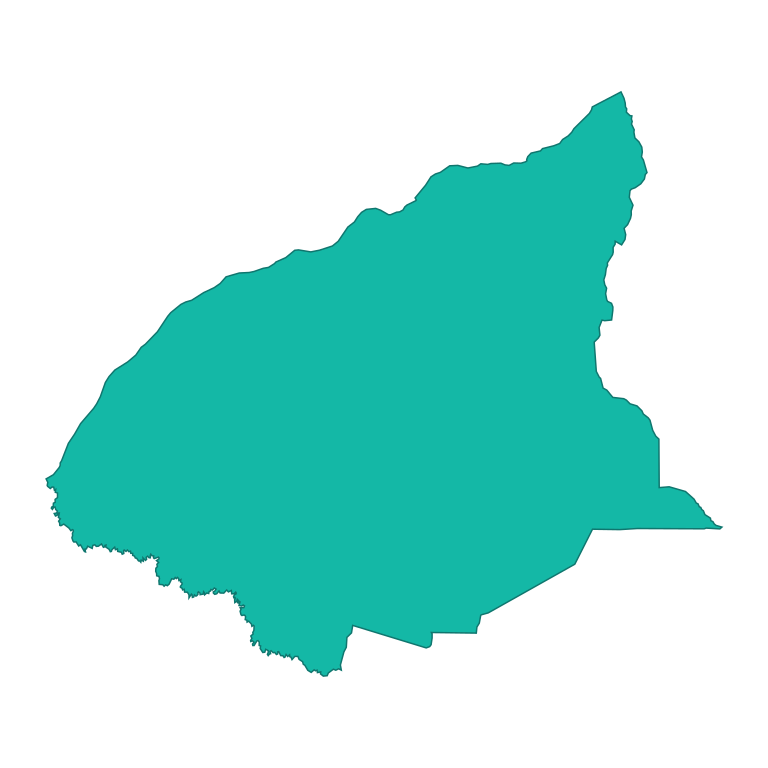 the district of Manaure, La Guajira, Colombia
{"feature_id": "7082276B63219167188036", "entity_name": "Manaure", "entity_type": "district", "adm_level": 2, "iso_a3": "COL", "parent_name": "Colombia", "parent_adm1": "La Guajira", "projection": "equal_earth", "projection_center": [-72.635, 11.626], "detail": "fine", "context": "isolated", "style": "filled", "palette": "teal", "viewbox_px": 768, "rotation_deg": 0, "n_neighbors": 0, "source": "geoboundaries", "source_scale": "gbopen_adm2", "svg_char_len": 6061}
<svg xmlns="http://www.w3.org/2000/svg" viewBox="0 0 768 768"><path d="M721.9,527.1L716.0,525.4L714.2,523.9L712.9,521.6L710.9,520.7L710.4,518.1L704.9,514.6L703.4,510.8L701.7,509.5L700.8,507.4L699.3,506.8L698.0,503.8L696.3,503.1L694.1,499.2L685.5,491.5L669.2,486.8L659.2,487.6L658.9,439.1L655.8,436.2L652.7,430.3L650.0,420.2L648.2,417.8L643.3,414.0L641.9,410.8L637.0,405.9L630.0,403.8L626.4,400.1L623.8,398.7L612.8,397.4L606.8,390.1L603.1,388.1L600.6,378.4L599.2,377.1L596.3,371.4L594.2,342.1L598.4,337.9L599.9,335.2L599.1,327.5L602.0,320.1L604.7,320.7L611.6,320.0L612.8,310.5L612.9,307.0L611.5,303.3L607.6,301.4L606.8,299.9L605.6,293.7L606.6,288.2L604.8,284.8L603.8,279.9L605.4,274.7L606.2,268.4L607.6,265.3L607.3,263.0L612.6,254.6L613.2,252.1L613.1,247.4L615.1,244.2L615.2,241.2L621.6,244.9L625.0,239.5L625.7,234.6L624.1,228.3L627.6,224.6L630.5,218.4L631.3,214.7L631.2,211.0L633.0,205.2L629.3,197.3L630.0,190.7L631.4,189.1L635.2,187.7L640.8,183.8L644.4,179.0L645.3,174.5L647.0,172.6L643.4,160.0L641.5,156.9L642.3,152.0L641.8,147.1L638.9,141.8L634.9,137.9L633.9,132.1L634.2,129.8L631.5,124.1L632.2,121.5L631.4,119.0L631.9,115.9L630.0,115.6L626.4,112.2L626.7,108.8L625.5,107.0L625.2,103.0L624.0,98.3L621.0,91.9L592.3,106.9L591.5,109.9L589.4,113.4L574.0,128.6L571.8,132.2L568.2,135.9L562.6,139.5L559.7,143.5L553.7,145.8L542.5,148.6L540.5,150.9L531.1,153.1L527.8,156.6L526.7,159.4L526.9,160.8L525.6,161.8L521.0,163.2L513.7,163.0L509.1,165.4L505.0,164.9L500.9,163.2L490.9,163.5L487.8,164.4L480.8,163.8L477.5,166.1L467.9,168.0L457.8,165.4L449.7,165.8L440.3,172.4L435.4,174.0L431.0,176.8L425.6,185.2L415.1,197.9L416.3,200.0L415.8,200.7L407.0,205.0L404.8,206.9L403.0,210.0L399.6,211.9L396.6,212.2L390.4,214.8L388.4,214.7L380.6,210.2L375.7,208.4L366.3,209.4L361.5,212.4L357.7,216.8L354.4,222.0L347.9,227.0L338.2,241.3L332.4,246.0L319.5,250.2L310.8,251.9L298.5,249.9L294.7,250.3L285.8,257.6L275.9,262.0L274.5,263.6L268.5,267.4L263.2,268.3L254.0,271.5L249.2,272.5L239.3,273.0L226.1,276.8L220.2,283.5L214.1,287.7L203.7,292.6L191.6,300.3L185.7,302.0L180.9,304.4L170.8,312.6L167.8,316.2L157.4,331.8L145.4,344.2L141.2,347.3L135.8,355.1L127.6,362.0L114.9,370.0L109.1,376.5L105.4,382.4L100.3,396.8L96.7,403.8L93.6,408.4L80.6,423.6L74.6,434.1L68.4,443.3L61.6,460.7L60.2,463.0L60.2,465.4L59.2,467.5L53.4,474.7L46.1,478.9L47.8,482.3L47.2,485.4L47.6,486.3L50.3,488.5L52.1,487.0L53.7,487.2L54.4,490.2L55.7,489.4L55.3,492.3L57.5,493.0L57.5,497.6L55.1,499.4L55.2,502.3L53.4,503.2L53.2,506.5L52.0,506.8L51.3,508.1L52.4,509.4L53.8,507.2L55.0,507.0L55.8,509.6L57.4,511.0L56.7,513.0L54.2,513.5L55.5,516.0L57.1,515.4L58.2,513.0L59.3,513.0L58.4,517.4L60.3,518.8L58.6,521.2L59.6,522.9L59.8,525.4L60.9,525.7L63.8,524.1L68.9,528.0L70.9,530.7L72.4,529.6L73.1,530.0L73.4,531.1L72.4,533.4L72.6,535.7L71.9,537.8L73.0,541.0L73.8,542.0L76.1,541.9L78.7,546.0L80.5,544.8L84.4,551.5L85.5,551.9L85.0,549.1L86.4,548.9L87.7,546.2L92.2,548.4L92.8,545.4L94.8,544.8L96.3,546.4L98.4,546.2L101.5,544.0L103.4,547.3L104.8,546.8L104.9,545.4L106.0,545.1L105.6,546.9L109.1,549.3L110.3,551.7L111.4,551.4L111.9,549.7L114.7,547.2L115.4,549.7L117.4,548.9L117.7,551.4L121.4,552.3L122.2,554.2L123.8,553.5L123.6,550.7L124.2,550.0L126.0,551.4L127.4,550.0L128.9,551.7L130.5,551.2L130.8,553.3L132.7,553.4L132.7,555.4L134.5,556.1L135.3,558.0L136.7,558.3L138.5,560.9L139.8,561.0L140.8,562.2L141.2,560.1L143.3,561.2L143.0,557.9L145.4,560.4L146.6,559.4L146.2,557.3L147.6,556.2L149.1,557.8L150.3,557.8L150.3,555.3L150.8,554.2L152.0,555.8L153.7,555.9L153.5,557.8L154.2,558.6L158.4,557.1L159.1,558.0L158.7,559.2L156.5,560.6L158.6,562.4L156.9,564.3L157.4,566.6L155.9,568.2L155.7,571.3L156.6,573.5L156.7,575.8L159.0,576.4L159.5,578.8L158.9,580.6L159.2,584.4L162.8,584.7L164.1,586.2L165.7,584.8L167.3,585.7L169.1,584.2L171.7,578.8L173.9,579.2L175.2,577.5L176.3,578.6L177.6,577.4L178.7,578.8L178.9,580.5L180.9,579.6L180.4,581.7L182.0,582.9L182.0,584.3L180.4,586.4L180.4,587.3L182.1,588.3L182.6,589.9L184.2,589.3L184.6,592.1L187.4,592.2L189.0,594.8L189.0,597.8L191.4,594.1L192.0,594.6L192.4,597.4L193.7,597.0L194.4,594.9L195.9,596.1L196.8,595.7L198.0,594.2L197.8,592.5L198.5,591.8L200.0,593.1L200.1,594.7L203.2,594.1L203.6,591.7L204.3,592.5L204.6,594.8L206.8,593.0L208.7,593.5L209.1,591.5L210.5,591.0L210.9,589.5L212.5,590.0L214.3,588.0L216.1,589.1L214.6,591.3L213.3,591.9L213.4,593.1L214.7,594.3L216.7,593.8L219.0,591.0L220.1,593.0L223.8,593.1L226.7,590.0L228.4,591.9L231.3,590.5L231.7,593.8L234.0,593.7L235.7,592.1L236.3,593.1L235.9,594.1L234.5,594.6L233.5,596.7L233.9,597.8L234.8,597.4L235.3,598.0L234.6,599.6L234.8,602.6L236.7,601.3L237.3,599.3L238.4,600.5L237.3,602.0L237.9,602.9L238.9,603.1L239.1,601.2L240.0,601.9L239.0,605.5L241.7,606.0L243.2,605.0L244.5,605.8L243.9,607.6L240.2,607.8L241.0,609.3L240.1,611.2L241.0,614.7L241.9,615.5L244.0,615.0L245.0,615.5L245.6,616.7L245.2,619.6L246.9,620.2L247.1,622.1L248.7,621.2L251.4,624.0L251.9,626.3L253.4,625.3L254.1,626.0L253.9,630.4L252.8,632.5L253.1,634.0L250.8,636.0L251.9,638.4L250.6,640.5L250.8,641.5L252.5,640.8L254.0,642.2L252.5,644.1L252.8,645.5L254.1,645.5L256.9,640.9L258.0,640.6L259.2,642.0L259.2,645.5L260.6,645.9L260.2,648.5L262.8,652.5L264.8,652.2L265.7,649.3L268.2,650.6L268.2,652.5L267.4,654.3L268.2,655.6L269.5,654.0L270.6,653.7L270.0,651.4L271.1,650.7L273.2,652.7L274.7,652.4L276.4,654.5L277.6,654.0L277.7,651.8L278.7,651.6L280.7,655.6L282.9,655.7L284.1,657.5L284.9,657.2L286.1,654.5L287.7,656.5L289.6,654.8L289.8,656.7L291.0,657.2L292.0,659.6L294.8,656.4L297.9,656.4L299.1,659.4L302.6,661.7L303.3,664.3L304.8,665.2L307.8,670.3L311.2,672.4L314.2,669.8L315.4,670.8L317.1,670.2L317.4,672.6L320.7,671.9L320.5,673.9L323.3,676.1L327.2,675.7L328.3,673.0L333.4,669.2L335.8,670.2L338.7,668.8L341.3,670.1L340.4,665.0L343.9,651.9L346.3,647.3L346.9,637.4L351.5,632.9L352.7,625.4L426.2,647.9L429.7,646.6L431.1,644.7L432.1,638.0L432.1,633.8L431.4,632.5L476.3,633.1L476.9,627.1L479.3,623.1L480.7,615.4L481.3,614.8L488.2,612.9L574.8,564.2L592.5,529.2L619.8,529.6L637.4,528.5L704.2,528.8L706.2,528.1L719.9,528.9L721.9,527.1Z" fill="#14b8a6" stroke="#0f766e" stroke-width="1.5"/></svg>